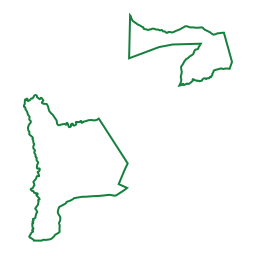 the district of San Jorge, Ocotepeque, Honduras
{"feature_id": "27666195B23999178125718", "entity_name": "San Jorge", "entity_type": "district", "adm_level": 2, "iso_a3": "HND", "parent_name": "Honduras", "parent_adm1": "Ocotepeque", "projection": "robinson", "projection_center": [-89.114, 14.655], "detail": "fine", "context": "isolated", "style": "outline", "palette": "green", "viewbox_px": 256, "rotation_deg": 0, "n_neighbors": 0, "source": "geoboundaries", "source_scale": "gbopen_adm2", "svg_char_len": 5595}
<svg xmlns="http://www.w3.org/2000/svg" viewBox="0 0 256 256"><path d="M92.6,196.2L99.5,195.9L109.7,194.8L114.5,195.7L116.1,195.4L122.2,191.5L125.0,189.6L127.1,187.9L118.7,184.1L124.6,169.9L127.7,163.4L98.8,118.6L96.9,119.8L95.2,120.3L93.9,120.4L91.6,120.0L88.5,120.2L86.3,121.0L83.8,121.6L82.7,122.5L82.0,122.8L81.7,122.7L81.4,122.1L81.5,121.4L81.3,121.1L81.0,121.0L80.5,121.1L80.2,121.8L79.9,122.0L76.2,122.0L75.9,122.2L75.8,122.6L76.3,123.3L76.3,123.9L76.0,124.5L75.5,125.0L74.5,125.5L73.5,125.4L73.0,125.0L73.0,124.2L72.8,123.9L72.4,123.7L72.0,123.7L71.4,124.1L71.0,124.5L70.9,125.0L71.1,125.9L70.9,126.4L70.3,126.9L69.7,127.1L69.2,127.1L68.8,126.8L67.9,124.0L67.5,123.2L67.1,122.9L66.8,122.9L66.6,123.1L66.7,124.2L66.5,124.5L66.3,124.6L65.7,124.6L64.8,124.0L64.2,124.0L61.4,124.5L59.3,125.2L58.6,125.2L57.7,124.6L57.1,123.6L56.9,122.7L56.8,121.2L56.5,120.3L52.7,114.7L51.0,113.2L49.3,111.1L48.8,109.7L48.1,106.6L46.9,104.3L46.6,104.0L46.1,103.9L43.6,103.8L42.3,103.2L42.0,102.9L41.9,102.5L42.0,102.1L42.9,101.2L43.3,100.5L42.3,98.9L41.7,98.1L41.3,97.9L40.9,97.9L40.1,98.9L39.8,99.1L39.4,99.0L38.5,98.2L37.3,97.5L37.1,97.1L37.0,96.1L36.5,95.4L36.0,95.2L35.3,95.1L34.7,95.3L34.3,95.6L33.4,97.2L32.6,98.3L32.2,98.5L31.5,98.4L31.1,98.6L29.8,100.1L28.7,100.8L28.0,101.0L27.5,100.7L27.3,100.2L27.5,99.2L27.4,98.9L27.1,98.7L26.7,98.7L26.4,98.9L26.2,99.6L26.0,99.9L25.7,99.8L25.3,99.5L25.1,99.6L24.9,100.9L24.7,104.1L24.0,105.4L24.0,106.5L24.2,106.9L24.8,107.1L25.2,107.4L25.5,108.3L25.4,109.2L26.2,110.3L27.0,111.6L28.1,115.0L29.1,116.1L29.5,116.7L29.6,117.4L29.3,118.6L29.3,119.4L29.7,120.1L30.6,120.8L30.8,121.5L30.8,122.2L30.6,122.7L29.3,124.2L28.3,126.3L28.0,127.9L28.2,129.6L28.4,130.4L29.1,131.5L29.4,132.2L29.4,133.0L29.2,134.0L29.4,134.5L32.0,136.7L32.6,137.3L32.9,137.8L32.9,138.2L32.5,138.8L32.5,139.2L33.2,140.4L33.4,142.6L33.6,143.2L34.1,143.9L34.2,144.3L34.2,144.7L33.6,145.4L33.4,146.0L33.3,146.8L33.3,147.8L33.6,148.8L34.6,149.7L34.9,150.4L34.8,151.1L34.3,151.9L34.3,152.5L34.5,153.2L35.2,154.1L35.4,154.7L35.6,155.4L35.5,156.4L35.7,156.9L35.9,157.3L36.5,157.5L36.7,157.9L36.7,158.3L36.5,159.4L36.7,160.4L37.1,161.0L37.8,161.8L38.1,162.4L38.0,163.2L37.3,164.5L37.0,165.5L36.9,166.7L36.9,167.9L37.2,168.4L37.7,168.7L38.1,168.7L38.8,168.4L39.3,168.5L39.7,168.9L39.8,169.4L39.6,170.3L39.1,171.2L38.6,171.6L37.9,171.8L37.7,172.0L39.1,175.5L39.1,176.0L38.7,176.3L37.6,176.0L36.9,176.3L36.5,177.0L36.1,178.6L33.4,181.8L33.4,182.0L33.8,182.9L34.3,184.4L34.4,185.2L33.8,185.8L33.3,187.2L32.8,187.9L31.9,188.6L31.0,188.8L30.7,189.2L31.0,189.9L31.8,190.7L32.3,191.0L33.2,191.1L33.6,191.4L33.8,191.9L34.0,192.5L34.2,192.8L37.3,193.4L37.6,193.6L37.7,193.9L37.6,194.3L37.3,194.5L36.6,194.6L36.4,194.8L36.4,195.2L39.1,198.2L39.5,198.8L39.6,199.1L39.4,199.5L38.6,199.6L38.2,200.1L38.2,200.7L38.6,201.7L38.2,203.1L38.0,204.6L35.3,208.4L35.4,208.9L36.3,210.1L37.2,211.7L37.2,212.3L36.6,212.9L36.4,213.3L35.6,216.1L35.3,217.9L34.3,218.6L33.4,218.8L33.0,219.0L33.0,219.4L33.4,220.0L33.5,220.5L33.3,220.9L32.7,221.2L32.5,221.5L32.6,222.0L33.2,222.4L33.3,222.8L33.1,223.3L32.5,223.5L32.2,223.9L32.4,225.1L32.4,226.9L32.6,227.4L33.3,228.1L33.4,228.7L33.2,229.1L32.4,229.5L32.2,230.1L32.4,230.6L33.0,231.0L33.1,231.4L32.8,231.9L31.9,232.3L31.2,233.2L29.8,235.6L29.3,236.7L29.4,237.0L29.7,237.4L31.6,238.4L33.8,240.0L33.8,240.3L33.7,240.5L33.0,240.6L41.8,240.6L42.5,240.1L43.2,239.8L45.8,239.9L47.6,239.7L50.0,239.3L51.5,238.7L53.6,236.9L55.2,234.7L58.0,233.2L59.4,232.1L59.6,231.8L59.5,229.0L59.7,225.4L59.5,224.7L59.1,223.7L59.1,223.0L59.3,222.2L59.9,221.3L60.1,220.6L60.3,218.9L60.3,217.4L60.0,216.5L59.1,215.3L58.3,213.8L57.9,212.7L57.8,211.9L58.0,210.6L58.4,209.1L58.9,207.7L59.5,206.8L65.3,203.7L65.9,203.2L66.5,202.2L67.1,201.7L69.6,200.9L70.9,200.3L72.7,199.3L74.3,198.1L81.9,196.8L86.1,196.7L92.6,196.2ZM130.1,15.4L129.1,58.3L159.0,47.1L172.6,44.5L200.8,43.7L200.0,45.1L198.8,46.8L198.2,48.6L197.7,49.1L195.4,49.7L194.5,50.7L193.3,54.0L192.2,54.9L189.8,56.4L187.6,58.4L186.6,58.8L185.9,59.5L184.4,61.3L182.7,64.5L181.4,66.2L181.1,67.0L181.1,68.1L181.7,71.5L181.7,72.8L181.5,73.9L180.9,75.6L180.8,76.7L180.9,77.9L181.3,79.6L181.3,80.4L180.8,82.5L179.3,85.6L182.1,84.9L182.3,84.7L182.5,84.0L182.9,83.8L183.3,84.0L183.5,84.8L183.9,85.1L187.0,83.6L187.3,83.6L188.0,84.0L188.9,83.8L189.9,83.2L192.6,80.9L192.8,80.4L192.6,79.6L192.9,79.2L193.7,79.4L194.7,80.1L195.8,80.3L196.8,80.9L197.1,80.9L198.0,80.6L198.5,80.7L199.0,81.1L199.5,81.2L200.8,80.9L201.8,80.6L202.1,80.3L202.3,79.6L202.6,79.3L203.3,78.7L204.0,78.4L205.2,78.3L205.7,78.9L206.1,79.0L206.5,78.9L207.0,78.4L207.4,78.2L208.9,78.3L209.2,78.1L209.5,77.4L209.8,77.1L210.2,77.0L210.8,77.2L211.1,77.0L211.5,75.9L212.4,75.0L212.3,73.8L213.4,71.9L213.8,70.7L214.2,70.3L214.8,70.1L221.2,68.4L221.7,68.5L222.4,68.9L223.0,69.0L225.1,68.6L227.2,68.5L229.6,68.8L232.0,61.9L223.9,32.7L221.6,32.8L219.2,33.3L217.9,33.2L215.2,34.3L214.2,34.6L213.5,34.6L212.0,33.9L210.2,32.4L204.5,29.5L203.6,28.8L202.9,27.8L202.3,27.5L201.3,27.4L197.2,27.8L192.9,27.4L190.5,27.4L189.6,27.3L187.9,26.5L185.9,26.2L185.3,26.3L179.4,29.6L175.9,30.9L173.4,32.1L172.0,32.5L171.5,32.4L170.3,32.0L169.3,31.9L168.3,32.1L167.2,32.8L166.6,32.8L166.1,32.6L165.4,31.9L165.0,31.6L164.4,31.4L163.5,31.4L162.9,31.3L162.6,30.9L162.2,30.3L161.8,30.0L161.3,30.0L160.5,30.3L160.0,30.4L158.1,29.6L156.0,29.5L154.5,28.9L153.6,28.7L152.2,28.7L151.0,29.4L149.5,29.4L148.6,29.9L148.1,30.0L146.4,29.4L144.6,29.1L143.8,28.8L143.5,28.5L143.5,27.7L143.3,27.3L142.3,26.9L139.9,25.5L137.8,24.5L132.8,21.0L132.4,20.5L131.5,18.7L130.8,16.3L130.1,15.4Z" fill="none" stroke="#15803d" stroke-width="2"/></svg>